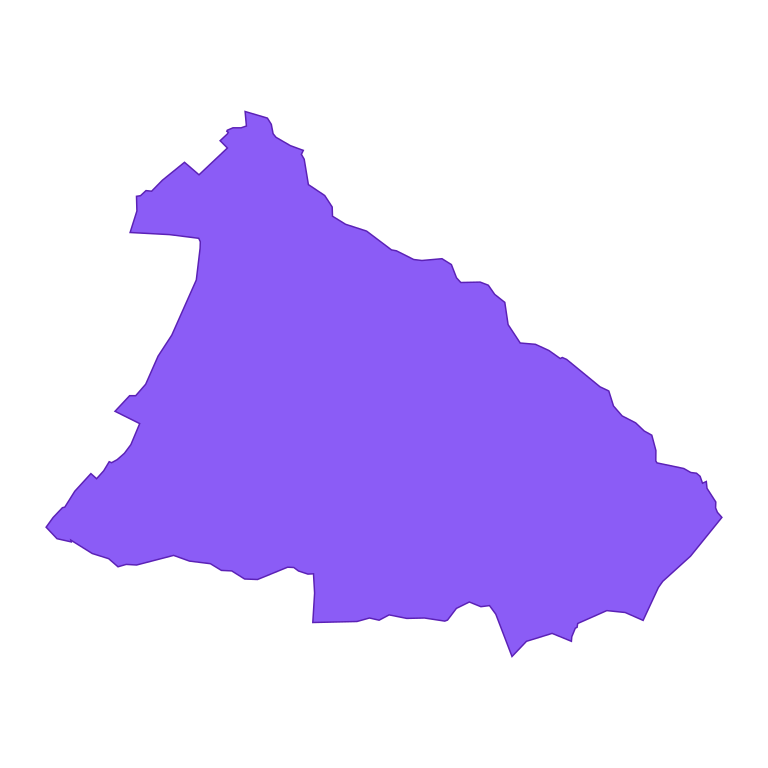 the district of Bolbosi, Gorj, Romania
{"feature_id": "2599482B55979442092240", "entity_name": "Bolbosi", "entity_type": "district", "adm_level": 2, "iso_a3": "ROU", "parent_name": "Romania", "parent_adm1": "Gorj", "projection": "equal_earth", "projection_center": [23.209, 44.74], "detail": "medium", "context": "isolated", "style": "filled", "palette": "violet", "viewbox_px": 768, "rotation_deg": 0, "n_neighbors": 0, "source": "geoboundaries", "source_scale": "gbopen_adm2", "svg_char_len": 1897}
<svg xmlns="http://www.w3.org/2000/svg" viewBox="0 0 768 768"><path d="M600.0,386.8L566.6,359.4L562.3,357.5L560.2,358.5L548.9,350.5L535.4,344.3L520.2,343.0L508.1,324.6L504.8,302.4L494.7,294.4L488.3,285.2L480.2,282.1L460.8,282.5L456.5,277.8L451.4,264.6L442.0,258.7L421.9,260.5L413.7,259.5L396.4,250.8L391.5,249.9L366.6,231.1L345.6,224.3L332.5,216.2L332.2,207.0L324.7,195.5L308.4,184.6L304.2,159.2L301.4,154.4L303.3,150.4L290.3,145.6L276.0,137.3L273.1,133.7L271.3,124.3L267.4,118.1L245.1,111.5L246.4,126.0L241.1,127.8L233.0,127.8L227.3,130.2L226.8,131.3L228.2,132.3L227.5,133.8L220.1,140.7L227.4,148.0L199.0,174.8L184.5,162.3L162.4,180.2L151.6,191.2L146.0,190.6L140.5,195.7L136.5,196.3L136.9,211.0L130.1,232.5L169.4,234.6L198.7,238.3L200.3,241.7L200.1,248.2L196.3,280.0L171.8,335.1L158.1,356.1L145.7,384.2L135.7,395.7L129.6,395.7L115.0,411.3L139.7,423.6L130.9,444.6L124.4,453.3L117.1,459.7L111.6,462.7L109.2,461.7L103.7,470.8L96.6,478.7L90.9,473.6L74.8,491.2L64.8,507.1L62.4,507.7L53.1,517.5L46.1,527.2L57.0,538.7L71.2,541.9L70.8,540.1L92.2,553.5L108.7,558.7L118.0,566.8L126.2,564.4L136.6,565.0L173.6,555.4L189.5,561.1L210.4,563.7L221.4,570.4L231.7,570.9L244.6,579.0L257.5,579.5L287.6,567.2L293.8,567.5L298.5,571.0L307.9,574.1L313.5,573.8L314.6,593.1L312.8,622.5L357.0,621.5L369.5,618.0L379.1,620.2L389.1,614.9L406.7,618.4L424.4,618.0L444.8,621.1L447.5,620.1L456.4,608.4L469.3,602.0L480.9,606.7L489.5,605.6L495.8,614.2L512.0,656.5L526.5,641.3L552.1,633.4L571.4,641.3L571.8,636.7L575.3,628.2L577.1,627.3L577.7,623.5L606.8,610.6L625.2,612.5L643.1,620.4L658.4,587.5L662.7,581.4L690.5,556.2L721.9,517.4L717.4,512.3L715.6,507.9L715.8,502.0L707.0,488.3L706.3,481.5L702.5,483.2L700.1,476.3L696.5,473.2L690.8,472.5L683.8,468.5L657.0,462.9L655.8,460.9L655.9,450.5L651.8,435.2L644.2,431.0L635.7,422.9L622.1,415.9L613.5,406.0L608.8,391.0L600.0,386.8Z" fill="#8b5cf6" stroke="#5b21b6" stroke-width="1.5"/></svg>